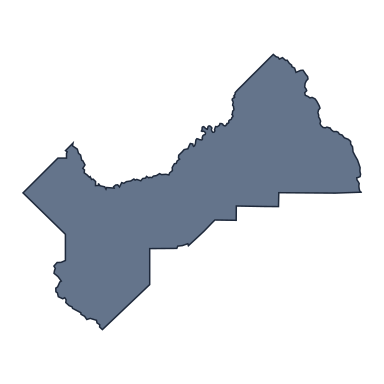 Fresno, California, United States of America
{"feature_id": "52423323B20293708991619", "entity_name": "Fresno", "entity_type": "district", "adm_level": 2, "iso_a3": "USA", "parent_name": "United States of America", "parent_adm1": "California", "projection": "natural_earth1", "projection_center": [-119.494, 36.746], "detail": "fine", "context": "isolated", "style": "filled", "palette": "slate", "viewbox_px": 384, "rotation_deg": 0, "n_neighbors": 0, "source": "geoboundaries", "source_scale": "gbopen_adm2", "svg_char_len": 4130}
<svg xmlns="http://www.w3.org/2000/svg" viewBox="0 0 384 384"><path d="M54.5,270.5L54.0,273.3L58.0,276.6L61.3,281.1L59.8,282.0L57.6,286.9L55.8,288.1L55.9,291.8L57.4,292.8L58.3,296.7L62.8,298.8L64.7,297.7L66.1,299.7L65.8,302.6L69.2,305.7L72.0,306.8L72.6,308.4L80.8,312.7L81.0,314.3L84.6,316.3L86.8,319.5L90.2,318.4L96.5,320.3L97.0,322.9L99.7,324.7L99.6,327.0L102.4,329.6L149.7,284.6L149.7,248.6L176.8,248.4L177.8,246.1L182.4,245.6L187.8,243.7L188.4,245.7L200.8,234.2L204.3,230.9L211.8,223.1L214.9,220.0L236.2,220.3L236.3,206.0L253.4,206.3L264.9,206.5L278.5,206.6L278.8,192.7L335.3,193.1L361.0,192.2L360.8,191.8L360.2,191.7L359.7,190.7L359.2,188.9L358.9,186.7L358.9,185.1L359.2,183.6L358.7,182.6L357.8,181.1L356.9,179.7L356.8,177.7L358.0,177.5L360.1,176.6L360.6,174.1L360.1,172.3L359.9,170.6L360.1,167.6L358.9,164.0L357.5,160.0L355.2,156.0L353.0,151.7L352.8,149.1L352.5,146.7L350.7,144.2L350.6,141.4L348.3,139.3L344.3,137.8L342.1,135.0L339.4,134.2L338.2,132.3L336.5,131.5L333.6,131.6L331.8,130.3L330.7,129.1L330.5,128.5L329.9,127.8L329.3,128.0L328.1,127.4L326.8,127.1L325.4,127.8L323.1,127.5L321.0,125.6L320.0,123.6L320.6,121.2L319.7,118.7L318.6,117.0L318.7,115.1L317.9,112.7L318.5,110.0L320.0,108.2L319.3,106.0L318.0,103.5L316.7,101.1L315.1,98.9L312.1,97.4L309.9,97.9L307.9,96.4L305.3,95.3L304.7,92.7L306.7,90.7L306.2,89.2L304.7,87.1L305.1,83.4L306.3,80.9L308.0,79.0L307.6,76.5L306.5,75.3L305.9,74.5L303.0,70.2L300.6,70.4L296.0,72.4L294.6,68.1L291.9,66.7L291.6,65.1L289.3,63.3L287.2,60.2L285.6,60.4L282.5,57.6L279.3,59.1L278.3,57.4L276.0,56.7L273.3,54.4L269.8,57.8L261.2,66.4L257.0,70.6L249.0,78.5L243.3,84.3L238.5,89.0L236.9,90.7L235.1,92.7L235.2,94.0L234.6,95.0L233.8,96.0L234.4,96.4L234.7,97.2L234.3,97.7L233.9,97.8L233.5,97.9L233.1,98.3L232.2,99.1L232.3,100.5L232.7,100.8L232.9,101.4L233.2,102.3L233.2,102.8L233.1,103.3L232.8,103.9L232.7,104.5L232.6,105.3L232.8,105.6L233.4,106.2L233.6,106.8L233.6,107.3L233.6,108.0L233.9,108.7L233.9,109.6L233.6,110.3L232.9,110.8L232.6,111.7L232.5,112.1L232.5,112.9L232.4,113.7L232.0,114.2L231.9,114.4L232.1,114.8L232.6,115.0L232.9,116.1L232.8,116.7L232.3,117.1L231.9,117.6L231.7,118.1L231.6,118.5L231.4,118.9L231.1,119.4L230.6,119.7L230.0,119.8L229.6,120.1L229.2,120.4L228.8,120.9L228.8,121.8L228.8,122.6L228.4,123.1L227.8,123.3L227.1,123.4L226.8,123.7L226.9,124.3L226.5,124.9L225.9,125.1L225.5,125.8L224.8,125.9L223.3,125.3L222.7,124.1L221.6,123.6L220.0,123.5L219.3,125.4L217.4,126.7L216.5,126.7L216.2,126.6L215.7,126.5L215.3,127.2L214.9,128.6L214.5,129.8L214.8,130.4L214.9,130.8L214.6,131.5L213.9,132.3L212.7,132.3L211.7,130.8L211.4,129.9L211.5,129.0L211.9,128.1L211.7,127.6L210.9,126.8L209.9,126.0L209.0,125.9L208.1,126.5L207.8,127.7L207.4,128.9L207.3,129.3L206.7,129.2L206.4,128.8L205.5,128.4L204.7,127.5L203.7,126.6L202.8,126.8L202.2,127.3L202.1,128.3L202.1,129.4L201.7,130.5L201.4,131.0L202.0,131.4L202.8,131.4L203.6,131.2L204.5,131.8L205.1,132.3L205.5,133.0L205.4,133.7L205.1,134.5L204.4,134.8L203.9,134.9L203.4,135.2L202.8,135.8L202.6,136.4L202.4,137.1L202.1,138.1L202.5,138.8L202.3,139.4L201.8,139.9L201.2,139.9L199.4,139.6L198.2,139.0L196.9,138.7L196.0,139.8L195.7,141.2L195.4,143.8L194.5,145.9L193.6,146.4L193.0,145.5L192.8,144.0L190.3,143.5L189.5,145.0L187.9,148.8L184.1,149.6L183.4,150.4L182.3,151.7L178.7,155.2L178.5,158.0L179.6,159.1L177.1,161.0L176.3,163.4L174.4,163.7L172.2,167.5L172.4,170.6L169.6,172.9L168.9,174.9L165.9,174.3L161.5,174.6L159.6,173.6L156.4,175.6L153.4,176.1L151.9,177.6L149.9,177.3L148.8,177.8L146.5,176.4L145.6,178.1L142.7,178.5L140.8,180.8L136.8,179.4L135.1,180.1L133.9,179.0L130.7,181.0L126.4,181.6L123.9,183.3L121.7,182.6L119.5,187.0L117.7,184.8L115.7,185.0L113.6,186.7L114.1,188.1L106.7,187.5L106.0,189.2L104.7,186.8L100.1,185.8L98.3,183.4L98.9,185.4L95.5,185.6L95.6,181.5L93.1,179.1L91.5,179.5L90.2,176.6L89.4,177.3L87.1,174.9L84.2,172.8L84.5,169.9L82.8,168.4L85.0,164.9L82.7,160.6L81.7,160.3L80.6,155.1L78.5,153.3L77.3,149.1L72.5,145.8L73.0,143.1L65.5,150.6L67.2,151.8L66.5,153.4L66.5,158.1L57.9,158.1L23.0,192.9L65.4,234.3L65.4,260.5L60.9,262.4L57.1,262.5L53.9,266.1L55.3,268.4L54.5,270.5Z" fill="#64748b" stroke="#1e293b" stroke-width="1.5"/></svg>